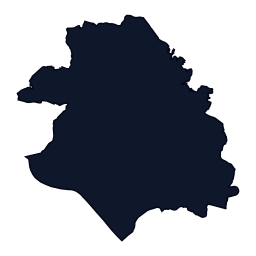 Simian, Mehedinti, Romania
{"feature_id": "2599482B5228411789707", "entity_name": "Simian", "entity_type": "district", "adm_level": 2, "iso_a3": "ROU", "parent_name": "Romania", "parent_adm1": "Mehedinti", "projection": "albers", "projection_center": [22.742, 44.63], "detail": "fine", "context": "isolated", "style": "filled", "palette": "ink", "viewbox_px": 256, "rotation_deg": 0, "n_neighbors": 0, "source": "geoboundaries", "source_scale": "gbopen_adm2", "svg_char_len": 5661}
<svg xmlns="http://www.w3.org/2000/svg" viewBox="0 0 256 256"><path d="M232.1,182.2L232.0,181.5L232.2,180.6L233.1,178.8L234.1,173.7L234.0,172.2L234.9,169.2L234.1,168.5L231.7,165.0L230.6,164.0L228.1,163.2L226.8,162.0L222.1,159.6L221.3,158.9L220.7,158.0L220.3,157.1L220.2,155.9L220.3,152.5L220.7,151.2L221.2,150.5L221.9,150.2L222.1,149.7L222.6,146.7L223.4,145.0L224.1,144.1L225.2,144.0L225.6,143.5L225.9,142.3L226.6,141.0L226.7,140.6L226.2,136.7L225.7,136.7L225.6,135.8L225.0,134.1L224.1,132.2L223.0,131.9L223.8,129.9L222.7,126.0L222.8,125.3L222.7,124.1L222.3,123.6L215.4,118.4L213.5,117.5L211.4,116.9L208.6,115.8L205.6,114.1L205.4,113.9L204.5,112.2L204.9,111.7L205.8,111.1L207.0,109.5L208.1,109.2L208.5,108.9L209.1,107.2L209.8,106.1L210.8,103.4L210.8,102.4L207.4,101.0L207.2,100.7L207.4,99.4L207.8,98.4L208.4,98.4L208.9,98.6L209.2,98.3L209.6,98.2L209.8,97.8L208.6,97.2L208.3,96.9L208.3,96.4L208.1,96.1L208.3,95.3L208.6,95.2L208.6,94.9L207.7,93.8L207.9,93.5L209.6,93.1L211.1,93.4L211.6,92.6L212.4,92.8L212.6,91.7L211.8,90.4L211.8,90.1L212.4,89.9L212.6,89.6L212.2,88.8L211.7,88.7L210.6,88.9L210.0,88.8L209.9,88.6L208.7,88.4L206.8,86.8L202.5,86.0L201.6,86.1L201.1,86.3L201.0,87.5L198.4,89.1L197.8,90.7L197.3,91.6L196.6,92.3L194.2,91.2L193.3,91.3L193.1,90.5L192.2,90.6L190.0,91.2L190.8,90.0L190.7,89.7L191.7,89.2L191.2,88.6L189.7,89.2L187.3,85.3L186.1,84.8L186.7,83.4L184.7,83.3L183.7,83.5L182.9,83.9L182.5,84.4L181.8,84.4L181.5,84.0L182.0,83.9L182.2,83.7L185.7,81.7L188.9,80.9L189.9,78.7L189.7,77.4L191.6,74.5L191.9,70.6L191.1,69.0L189.0,69.5L186.9,71.0L186.2,70.5L186.7,69.8L185.3,69.1L184.9,69.4L184.3,69.3L184.3,69.0L183.1,68.9L180.9,65.7L182.3,64.4L183.1,64.2L183.0,63.7L183.3,62.9L184.0,62.3L184.4,62.3L184.1,61.6L184.9,60.5L184.1,59.9L183.3,59.1L183.2,58.8L181.9,57.7L180.3,57.2L179.6,57.2L178.9,58.4L176.9,60.8L176.5,60.2L176.6,59.6L177.4,58.3L176.0,57.2L175.4,56.5L174.9,56.4L174.3,56.7L173.4,57.5L172.4,59.5L171.7,59.4L171.8,58.9L171.4,58.7L171.2,57.6L171.3,56.7L171.6,56.2L171.5,55.1L173.7,53.0L173.4,52.4L174.4,49.8L173.6,49.2L172.3,51.4L172.4,52.8L171.5,53.6L170.1,53.9L169.2,52.9L168.2,52.7L167.6,50.3L168.3,50.5L168.7,51.4L169.4,50.9L169.6,49.8L169.0,48.4L168.3,47.9L168.1,47.5L168.7,46.2L167.1,44.2L166.2,43.4L164.6,42.4L162.9,41.8L161.5,41.1L158.4,39.2L158.3,38.1L151.8,29.2L151.3,28.5L150.6,28.0L150.2,27.1L149.2,25.5L143.3,17.8L140.8,17.5L140.3,17.2L136.4,17.6L135.4,17.6L134.4,17.3L133.9,17.4L131.0,15.8L127.1,15.4L125.9,16.2L125.0,17.2L124.8,19.2L124.4,20.2L123.3,21.7L122.2,22.5L121.7,23.5L121.3,24.7L120.2,26.0L119.2,25.7L117.1,25.6L115.3,24.6L112.0,23.8L109.5,23.9L107.2,23.1L104.9,23.1L103.0,23.8L102.0,23.4L101.6,23.6L100.3,23.4L98.8,23.7L97.6,25.0L96.2,25.9L94.7,24.3L93.2,23.4L92.9,24.4L91.5,24.0L91.6,23.2L90.3,23.0L84.9,21.4L84.7,22.4L83.3,24.9L83.1,26.6L82.3,28.0L80.5,27.8L79.5,27.9L79.5,26.2L79.2,25.8L78.6,25.7L74.1,28.0L71.0,28.3L67.7,28.3L67.7,28.9L66.7,29.1L67.0,30.6L67.6,31.2L67.6,32.0L68.0,33.2L67.1,35.4L66.2,37.9L66.5,38.8L66.6,39.8L66.2,42.1L67.4,44.1L69.8,46.9L70.0,48.1L71.3,49.8L71.3,50.7L71.9,53.3L72.0,52.7L72.3,53.2L71.6,55.3L71.6,56.4L71.8,57.4L72.4,58.4L72.4,58.7L71.1,61.1L70.8,62.9L71.2,64.2L71.2,65.4L70.9,66.0L70.1,66.7L69.9,67.1L70.0,67.6L69.8,68.0L69.2,68.6L67.9,69.0L67.5,68.7L66.9,68.8L62.1,67.0L62.2,67.8L61.5,68.4L60.1,68.1L60.2,69.2L54.2,70.0L53.6,67.3L51.7,67.5L51.7,66.4L47.0,66.7L46.8,67.4L46.5,67.5L44.5,66.8L42.7,67.0L32.4,76.3L31.7,77.8L32.5,78.1L32.5,78.6L31.7,78.3L30.9,78.9L29.6,81.0L30.5,81.8L30.2,85.0L30.3,85.6L32.2,85.8L32.8,89.0L32.1,89.1L32.0,88.6L31.0,88.7L30.9,88.3L30.5,88.3L30.3,87.4L27.3,87.7L26.0,88.7L24.6,88.9L21.1,90.5L18.8,92.5L18.3,93.5L18.0,93.2L17.8,93.1L17.4,93.4L17.9,94.6L18.7,95.9L18.7,98.3L18.3,98.3L18.3,99.8L24.3,101.3L26.2,102.0L28.6,102.4L34.1,101.7L38.9,102.8L40.9,102.7L41.3,101.8L41.5,100.5L46.7,100.9L53.6,103.8L54.1,103.9L54.4,102.9L56.4,103.5L57.1,104.1L57.7,104.1L58.1,103.8L58.6,104.0L59.1,105.2L60.5,105.1L62.2,104.1L64.7,103.3L65.8,103.1L67.8,103.4L67.7,105.1L66.3,106.3L66.2,110.1L63.5,111.5L62.2,113.1L59.6,115.6L57.8,117.5L57.5,118.7L54.0,120.7L53.4,124.1L53.9,124.8L53.9,125.5L53.4,128.0L54.0,136.0L52.9,141.0L48.8,143.8L44.6,150.0L43.7,150.7L42.6,151.0L41.0,153.2L40.6,153.5L39.8,153.5L25.7,156.8L28.3,158.6L29.0,159.8L29.9,166.9L30.8,170.0L32.8,174.1L35.3,177.6L40.6,181.8L45.6,184.2L51.2,186.4L61.3,188.7L68.7,189.5L70.7,189.5L72.6,189.8L74.5,190.4L76.5,191.2L79.9,193.7L81.5,195.1L82.9,196.8L85.3,199.2L89.7,204.1L95.8,211.2L104.4,220.9L106.1,223.1L111.8,230.0L117.4,236.1L121.9,240.6L128.0,235.1L132.7,231.5L132.7,230.6L133.4,229.6L134.5,226.8L134.6,225.0L134.8,223.9L134.6,223.2L134.9,222.3L136.7,219.1L138.2,217.2L146.9,210.7L149.1,209.6L154.0,208.2L156.5,207.3L158.0,207.2L159.6,207.7L160.3,208.2L161.9,211.3L163.9,209.5L164.3,208.9L165.2,209.2L166.0,209.0L168.5,209.2L169.9,208.6L170.7,208.5L171.8,209.4L174.8,210.0L176.6,209.3L177.3,208.4L178.1,208.0L178.9,207.1L180.2,206.6L181.9,206.4L183.0,206.4L183.3,207.2L184.0,207.0L186.0,207.0L187.2,207.2L187.6,207.5L187.6,208.5L187.7,209.1L187.9,209.5L188.4,209.8L188.3,210.1L192.0,211.6L192.2,211.4L193.2,211.8L193.7,212.2L194.0,212.9L194.8,213.3L195.6,214.4L197.8,214.9L201.3,216.8L202.5,217.2L205.3,216.5L206.0,215.8L206.4,214.2L206.3,212.4L206.8,210.0L206.8,208.8L206.2,207.1L207.6,204.1L208.0,204.0L208.6,204.3L209.8,204.5L209.9,204.3L225.7,208.6L225.9,208.4L225.9,208.0L225.7,206.5L226.3,203.6L226.2,202.6L227.1,201.0L227.6,198.9L227.3,197.1L231.3,196.2L236.1,194.8L236.7,194.4L237.5,193.6L238.2,192.7L238.4,192.1L238.6,191.2L238.4,189.7L237.8,188.3L236.9,187.3L235.8,186.8L234.2,186.5L230.9,187.0L229.0,186.8L228.9,186.5L232.1,182.2Z" fill="#0f172a" stroke="#020617" stroke-width="1.5"/></svg>